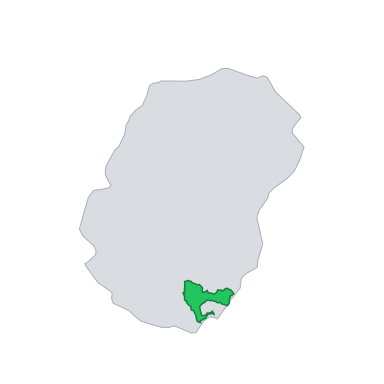 location of Resen, Resen, North Macedonia, rotated 310°
{"feature_id": "65306769B70601166108403", "entity_name": "Resen", "entity_type": "district", "adm_level": 2, "iso_a3": "MKD", "parent_name": "North Macedonia", "parent_adm1": "Resen", "projection": "natural_earth1", "projection_center": [21.03, 41.035], "detail": "fine", "context": "in_parent", "style": "filled", "palette": "green", "viewbox_px": 384, "rotation_deg": 310, "n_neighbors": 0, "source": "geoboundaries", "source_scale": "gbopen_adm2", "svg_char_len": 3348}
<svg xmlns="http://www.w3.org/2000/svg" viewBox="0 0 384 384"><g transform="rotate(310 192 192)"><path d="M174.4,105.9L180.3,106.6L193.1,103.2L201.1,98.5L205.2,97.8L210.6,96.0L218.4,96.2L226.3,98.3L236.3,95.6L246.1,91.1L250.1,92.2L254.4,96.0L257.2,97.0L273.7,116.9L282.7,125.0L293.3,131.1L305.4,135.5L309.7,139.8L317.6,161.0L321.3,169.0L326.4,171.4L327.7,173.8L327.9,176.8L322.3,191.7L320.2,225.1L318.7,227.7L312.7,227.6L304.7,228.3L301.6,230.9L298.5,248.9L285.6,254.0L273.9,256.9L264.0,256.2L246.6,252.0L241.0,251.5L236.1,253.9L220.6,255.2L213.8,258.4L197.9,279.4L181.7,286.6L176.2,290.3L163.8,285.7L157.8,285.2L149.3,290.6L130.5,291.1L125.4,292.0L110.9,292.9L110.3,290.0L107.6,285.7L100.9,283.8L87.1,285.4L83.7,282.4L78.1,264.5L73.6,261.6L68.7,255.6L60.3,236.3L60.1,227.8L60.7,220.4L56.1,203.0L59.0,198.6L63.3,195.8L63.3,188.8L62.1,178.2L67.3,157.4L68.7,155.9L70.0,156.9L82.3,158.5L85.5,155.9L87.6,151.8L88.2,136.5L91.2,129.5L121.1,116.1L129.9,115.6L136.6,121.7L141.9,125.7L145.2,125.6L146.3,121.6L149.9,114.0L156.1,109.6L174.2,105.9L174.4,105.9Z" fill="#d9dde1" stroke="#a8b0b8" stroke-width="1"/><path d="M97.4,282.4L97.6,282.1L98.0,281.5L98.5,281.1L99.0,281.3L99.5,281.5L100.1,281.8L100.6,282.0L101.5,282.3L102.6,282.8L103.2,283.1L103.5,283.4L103.7,283.5L104.0,283.7L104.8,283.5L105.7,283.1L106.2,283.1L106.7,283.2L107.2,283.1L107.4,283.0L108.0,282.9L108.8,283.1L109.3,283.4L109.7,283.7L110.2,284.1L110.8,284.6L111.6,285.3L112.0,285.9L112.3,286.2L112.4,286.5L112.5,286.7L112.4,286.9L112.3,287.2L112.3,287.5L113.1,286.8L113.2,285.9L112.9,285.1L113.8,284.4L111.2,283.5L110.1,282.8L108.8,281.3L107.0,281.7L105.7,281.1L104.2,279.8L103.8,278.8L104.0,277.9L105.2,276.9L105.8,275.4L107.6,273.5L108.0,272.5L109.1,271.7L110.9,271.4L113.6,271.8L114.1,272.2L115.7,272.6L118.8,273.1L119.9,274.3L120.3,275.8L122.0,277.2L122.2,278.7L122.9,279.4L123.2,280.2L123.6,282.9L125.6,284.7L125.3,286.7L126.4,288.9L126.6,289.7L127.3,290.6L127.5,291.4L127.2,291.9L127.5,292.2L127.9,292.2L128.2,292.2L129.0,292.1L129.3,292.2L129.9,292.1L131.0,291.9L131.8,291.3L132.5,290.8L132.9,290.5L133.2,290.0L133.6,289.5L134.0,289.4L134.6,289.3L135.4,289.2L135.8,289.0L136.2,288.6L136.5,288.4L136.8,288.3L137.2,288.3L137.6,288.4L137.7,288.5L138.2,288.8L138.8,289.0L139.1,289.0L139.8,289.2L140.1,289.4L140.6,289.6L141.5,287.7L141.6,285.8L142.0,284.6L141.1,283.1L141.3,281.8L140.6,281.0L140.3,280.2L138.7,279.5L136.4,279.5L135.8,278.6L135.9,277.7L134.4,276.2L133.7,274.7L132.5,275.1L130.7,275.3L128.2,274.8L126.5,270.9L125.8,270.6L125.3,269.5L125.3,269.0L125.8,268.2L125.7,267.6L126.3,266.9L124.5,266.5L123.9,266.0L122.7,265.7L122.6,265.0L122.0,264.0L122.5,263.3L124.3,262.6L125.5,261.1L125.8,257.1L125.4,256.9L124.9,256.1L124.3,255.7L123.7,253.0L123.0,251.8L122.6,250.1L123.0,248.9L122.3,248.0L122.4,247.7L121.7,246.2L121.2,245.3L120.3,245.1L118.9,244.0L117.8,244.6L117.5,245.4L116.3,245.8L115.2,247.3L114.7,247.3L114.0,248.0L113.5,247.9L113.1,248.2L112.7,249.5L111.0,249.8L110.3,250.4L108.8,250.1L109.2,251.2L109.8,251.4L109.8,251.6L108.4,251.6L107.7,252.2L107.0,254.0L106.0,254.3L105.5,255.0L105.0,255.1L104.4,256.0L105.2,258.1L103.9,258.7L103.3,261.6L103.5,262.3L103.2,263.4L103.6,264.9L103.2,265.4L102.5,265.6L101.2,267.0L101.2,267.5L102.1,269.0L100.8,272.4L100.1,274.1L96.9,278.0L96.5,278.9L96.5,280.4L97.4,282.4Z" fill="#22c55e" stroke="#15803d" stroke-width="1.5"/></g></svg>